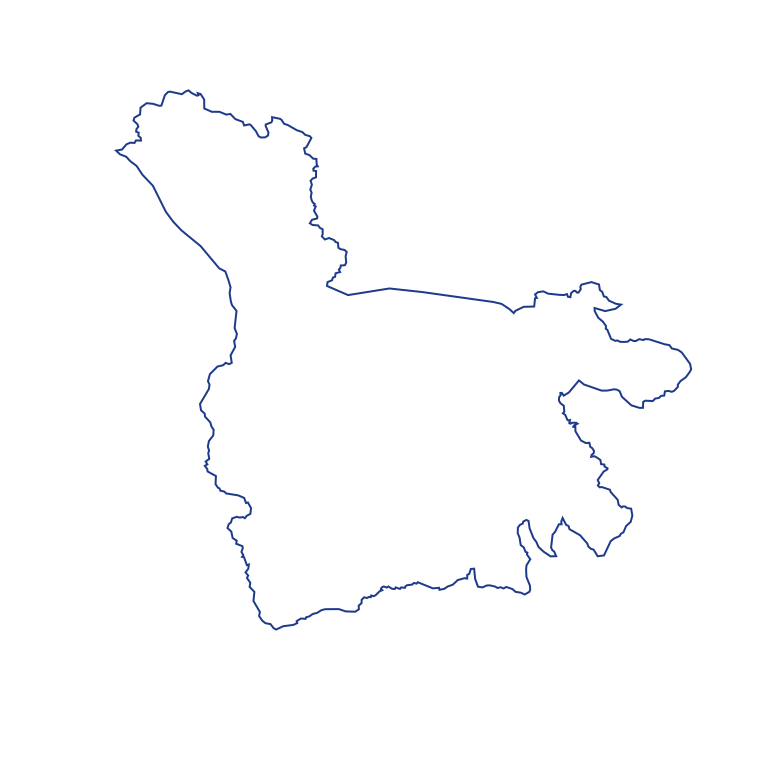 Makhoarane, Maseru, Lesotho (Robinson projection), rotated 99°
{"feature_id": "5366337B32255205566264", "entity_name": "Makhoarane", "entity_type": "district", "adm_level": 2, "iso_a3": "LSO", "parent_name": "Lesotho", "parent_adm1": "Maseru", "projection": "robinson", "projection_center": [27.527, -29.591], "detail": "fine", "context": "isolated", "style": "outline", "palette": "blue", "viewbox_px": 768, "rotation_deg": 99, "n_neighbors": 0, "source": "geoboundaries", "source_scale": "gbopen_adm2", "svg_char_len": 6142}
<svg xmlns="http://www.w3.org/2000/svg" viewBox="0 0 768 768"><g transform="rotate(99 384 384)"><path d="M195.4,685.1L198.4,680.8L199.9,674.1L203.6,669.5L207.3,662.5L215.2,655.2L224.3,643.3L247.9,626.5L256.5,617.8L263.9,608.2L276.5,586.7L295.5,564.9L297.7,558.3L305.8,553.9L312.5,550.7L318.4,550.7L326.3,548.2L329.7,546.6L334.9,541.1L352.1,540.3L357.6,537.1L362.2,537.4L364.9,538.8L370.6,536.8L379.7,540.0L386.9,537.7L388.6,540.0L387.9,543.7L390.6,545.8L392.8,551.2L401.5,557.5L408.8,558.3L412.0,556.2L416.4,556.2L432.5,562.6L438.6,560.6L441.3,556.5L444.3,555.6L449.0,549.6L452.9,547.8L455.9,545.1L461.5,544.6L467.7,548.0L473.4,548.2L477.2,546.3L479.7,546.8L485.3,544.9L488.5,548.0L491.0,545.9L492.9,548.2L495.5,545.4L498.0,544.5L501.2,535.6L509.3,534.7L512.3,531.9L512.9,530.1L515.0,528.9L515.2,525.0L516.8,522.6L516.8,510.6L518.4,504.3L523.1,501.7L522.3,499.9L527.4,495.9L533.2,495.7L535.7,499.0L538.3,500.4L537.5,502.4L538.5,505.7L538.2,508.6L540.5,512.9L544.8,513.6L546.7,515.4L550.7,516.1L553.7,511.7L559.8,509.4L561.7,505.0L564.9,505.0L566.3,498.5L568.2,497.8L572.2,498.5L575.0,496.2L576.9,497.1L576.9,495.2L584.4,491.1L583.4,489.2L587.8,489.2L591.7,491.3L594.4,488.2L597.0,489.0L601.2,485.0L605.4,485.0L609.6,479.5L618.7,479.0L628.6,470.9L632.7,471.1L636.9,467.1L638.8,463.7L638.9,458.6L642.4,454.8L643.4,452.2L639.0,445.6L636.1,435.8L633.7,432.3L631.9,433.2L628.6,429.3L628.2,424.7L626.6,424.4L625.2,421.4L622.3,418.4L620.5,414.2L617.2,410.5L615.6,406.8L613.4,393.3L614.6,386.3L613.4,376.8L610.5,373.6L606.8,374.3L604.0,371.9L600.7,372.3L597.8,370.3L598.0,367.2L596.7,365.7L596.6,363.7L594.9,363.6L595.2,361.1L593.9,359.2L589.4,355.9L587.9,353.5L587.0,355.0L585.4,354.5L584.0,352.6L584.6,349.4L583.3,348.0L585.0,344.0L584.8,341.3L583.1,340.6L583.9,336.2L582.3,335.4L582.0,331.4L580.4,331.1L579.1,329.7L577.8,325.0L575.8,323.3L576.1,320.7L574.5,319.6L578.2,303.8L576.7,297.7L578.6,297.0L576.9,292.5L573.9,289.2L571.5,284.7L566.1,280.5L563.2,274.1L563.2,271.4L559.4,271.9L558.3,270.1L553.1,269.3L552.3,266.1L562.2,263.5L569.5,259.5L569.5,255.0L566.9,250.9L566.3,247.8L566.7,242.5L567.7,240.0L566.5,237.0L567.2,233.9L565.3,231.5L566.5,224.9L568.7,221.6L568.7,216.2L569.9,212.1L566.5,207.9L564.4,207.4L560.4,208.3L552.3,213.1L545.2,214.6L540.8,214.9L534.2,212.1L530.0,216.2L528.1,216.0L527.7,217.9L523.5,220.4L521.8,223.7L514.5,226.1L510.4,228.6L504.9,229.3L501.9,227.7L500.1,225.1L498.0,224.9L496.0,222.1L496.7,219.8L503.8,217.6L512.8,212.3L516.2,208.8L520.7,206.0L524.6,200.2L528.2,192.5L527.1,187.0L522.9,189.7L521.7,191.8L519.4,193.4L506.4,193.9L503.5,192.0L495.2,189.3L494.8,186.7L491.9,187.4L488.4,186.6L494.6,182.1L495.4,179.5L498.4,178.1L502.7,166.7L509.7,158.3L512.6,156.7L514.4,153.9L514.8,151.1L520.7,146.0L518.9,139.9L503.7,135.5L500.4,132.3L497.2,127.4L495.0,126.7L493.0,124.3L486.5,122.7L481.6,118.8L475.1,118.1L468.5,120.4L468.5,124.6L467.3,126.6L467.5,128.8L468.7,130.0L466.7,133.3L461.8,135.1L455.1,143.4L453.1,144.3L451.7,152.8L452.3,154.7L450.8,156.9L448.3,155.9L445.4,157.9L436.2,153.4L433.4,150.1L432.3,150.0L431.1,153.2L429.1,153.8L429.2,157.0L425.2,158.4L423.6,161.6L422.4,164.8L423.5,168.0L421.5,167.8L419.6,166.1L417.3,166.1L414.8,168.3L413.7,170.5L409.9,172.0L410.8,175.3L409.0,180.6L400.8,187.5L395.9,188.4L396.8,189.1L396.6,190.4L394.9,189.6L392.9,186.7L392.2,188.2L393.0,192.8L394.0,193.4L393.8,194.8L390.5,194.7L391.2,196.3L390.7,197.3L386.1,200.2L384.9,202.7L383.1,201.6L377.4,203.0L375.3,206.8L373.0,208.6L369.8,209.0L367.3,207.8L365.3,208.4L364.9,207.0L367.4,204.7L363.5,200.1L350.0,192.0L353.2,186.4L356.5,168.0L355.5,162.2L353.2,155.9L353.2,152.8L354.3,150.1L359.4,147.0L366.4,136.3L367.6,127.9L367.0,124.5L361.1,125.2L359.6,123.3L358.8,115.9L355.9,113.8L354.8,110.3L352.5,108.6L351.6,105.4L347.3,105.4L346.3,101.8L346.7,98.6L345.6,96.6L340.9,93.3L338.7,93.7L334.7,91.6L330.2,87.0L325.5,84.5L321.6,82.9L316.3,84.8L306.2,94.9L304.3,99.1L303.9,105.2L300.9,108.3L300.9,112.6L298.4,129.1L298.8,133.2L300.0,134.6L299.8,139.0L302.1,141.9L302.5,144.1L301.5,147.7L304.1,149.9L304.9,153.6L305.4,157.3L304.5,160.3L305.2,162.2L303.9,166.8L295.5,171.9L294.7,173.6L292.0,173.8L288.1,177.7L285.0,182.8L278.9,187.4L276.0,187.9L277.4,177.0L273.5,167.1L268.5,162.3L268.5,167.5L266.5,174.8L263.3,178.0L263.1,180.6L258.9,182.8L257.4,185.5L252.1,187.2L250.9,195.1L255.0,204.6L257.5,205.3L259.4,204.5L263.1,206.1L263.6,207.3L262.1,209.6L262.4,211.3L265.0,213.4L269.1,213.5L269.1,216.0L266.6,217.3L268.0,220.2L268.5,224.7L269.1,236.1L267.6,241.0L269.1,246.1L271.9,248.8L275.1,246.5L275.8,248.2L284.0,247.8L285.9,258.1L291.2,265.7L293.7,266.9L290.3,272.0L286.5,280.4L285.9,289.0L287.2,360.5L288.8,393.6L301.8,433.4L296.1,455.6L292.2,455.7L289.7,451.6L286.9,451.1L285.8,449.1L282.2,449.1L280.3,444.9L278.0,446.5L276.3,445.3L273.7,445.2L272.8,441.2L270.0,440.3L263.8,441.9L259.4,441.5L257.8,443.9L257.6,448.2L256.5,450.4L251.7,451.6L251.3,454.1L249.7,455.7L248.4,461.2L250.5,465.0L247.9,468.5L245.6,468.0L240.8,468.8L239.9,471.6L237.7,473.9L238.1,479.5L236.8,482.4L233.1,480.8L230.9,476.0L229.0,476.0L223.8,480.3L219.3,479.2L218.7,481.0L217.0,480.5L215.9,482.7L213.6,484.3L210.4,485.6L206.4,485.4L203.6,487.2L198.4,486.4L194.8,488.3L192.3,486.7L190.5,483.5L184.3,484.4L184.3,487.0L182.5,487.5L180.0,485.9L179.4,483.5L177.8,484.8L172.3,486.0L172.5,489.2L169.6,493.4L168.7,497.9L163.7,499.8L162.3,497.7L152.4,494.2L150.8,496.1L150.3,500.6L147.9,504.2L147.0,509.8L143.2,519.7L142.7,523.3L139.0,526.7L138.3,528.5L138.0,536.3L141.4,535.6L143.2,536.2L146.2,541.4L147.6,541.3L153.6,537.5L156.7,537.4L159.0,540.0L159.8,544.2L158.8,546.7L154.3,550.1L149.0,556.2L148.6,557.5L150.5,562.6L147.2,564.4L145.6,572.3L141.3,578.0L142.6,581.8L140.9,589.1L142.1,596.6L140.0,604.6L131.2,606.1L126.3,610.5L125.9,613.4L127.8,612.4L128.5,613.8L126.7,619.5L124.6,623.0L125.9,625.5L129.4,629.0L128.7,640.9L129.3,642.9L133.0,645.6L143.8,647.4L144.4,649.2L143.4,656.0L143.8,662.4L149.2,667.7L155.9,667.1L160.0,672.2L163.0,672.6L165.9,668.3L168.2,666.9L171.1,668.4L173.5,668.3L174.2,665.6L177.2,665.5L178.9,662.8L181.6,662.1L182.2,667.1L184.9,668.1L185.4,672.5L187.7,676.0L193.4,679.4L195.4,685.1Z" fill="none" stroke="#1e3a8a" stroke-width="2"/></g></svg>